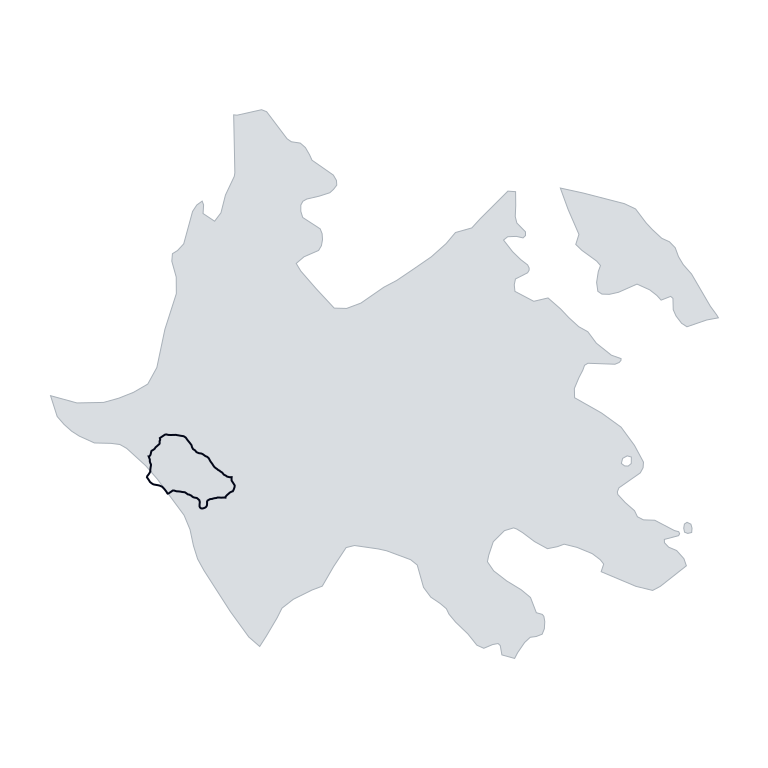 Khizi District, Xizı, Azerbaijan (highlighted), rotated 181°
{"feature_id": "54616110B97026515433008", "entity_name": "Khizi District", "entity_type": "district", "adm_level": 2, "iso_a3": "AZE", "parent_name": "Azerbaijan", "parent_adm1": "Xizı", "projection": "mercator", "projection_center": [49.188, 40.748], "detail": "fine", "context": "in_parent", "style": "outline", "palette": "ink", "viewbox_px": 768, "rotation_deg": 181, "n_neighbors": 0, "source": "geoboundaries", "source_scale": "gbopen_adm2", "svg_char_len": 5274}
<svg xmlns="http://www.w3.org/2000/svg" viewBox="0 0 768 768"><g transform="rotate(181 384 384)"><path d="M539.0,650.5L535.6,650.2L511.2,656.1L506.1,654.2L485.2,627.5L480.9,624.6L471.9,623.4L466.7,619.0L462.4,611.8L459.9,606.5L438.3,592.0L435.1,586.7L434.7,582.0L437.8,577.8L441.5,574.3L452.0,570.7L464.4,567.6L468.3,565.3L470.3,561.4L470.2,555.2L468.2,549.1L450.5,538.0L448.5,533.2L448.0,527.3L449.0,521.2L451.7,516.4L466.2,509.8L473.9,503.0L469.1,495.4L453.5,478.1L435.1,459.0L422.7,458.9L408.5,464.5L385.8,480.8L373.2,487.7L356.8,499.2L338.9,512.0L324.3,525.5L315.2,536.7L298.9,541.6L290.7,550.9L263.5,579.0L255.8,578.6L255.4,564.7L255.7,553.7L254.0,547.3L245.2,538.6L245.1,534.9L247.5,532.5L254.2,533.9L262.9,533.4L267.0,530.0L257.7,518.5L249.5,510.8L242.5,505.6L240.9,502.5L240.9,500.3L242.4,497.7L254.4,491.3L255.5,485.5L254.7,478.9L235.7,469.3L221.5,472.9L208.7,462.1L200.5,453.7L190.3,444.7L181.1,439.8L172.4,428.5L157.2,416.8L147.4,413.5L147.5,411.7L149.3,409.6L153.4,407.8L180.5,408.3L183.8,406.2L185.5,401.2L189.2,393.8L193.6,382.8L193.2,373.6L166.0,358.8L146.2,345.0L132.5,327.0L123.2,310.4L123.5,304.8L126.2,299.6L147.3,284.3L148.8,280.3L148.3,277.6L140.8,269.7L131.3,261.7L128.3,255.7L122.3,252.7L110.9,252.5L91.0,242.5L86.8,241.5L85.8,239.5L86.8,237.5L101.0,233.5L100.8,230.2L96.5,225.8L88.5,222.6L81.1,214.6L78.5,207.5L104.2,186.5L111.8,182.3L128.6,186.1L163.6,200.1L161.2,207.8L164.7,212.1L172.8,218.0L188.1,224.0L201.1,227.0L207.7,224.4L217.7,222.2L230.8,229.1L242.8,237.8L248.7,241.3L251.9,242.4L261.0,239.5L272.0,228.2L276.3,214.7L277.5,208.1L271.1,199.1L258.0,189.3L243.3,180.7L233.8,173.1L227.7,158.0L221.7,156.4L220.1,154.4L219.1,149.3L219.4,142.1L221.5,136.6L227.4,134.2L233.4,133.3L238.9,128.0L245.7,117.7L248.6,111.9L261.4,115.2L263.2,124.5L265.4,126.5L270.8,125.4L279.6,121.5L286.6,124.5L295.7,135.5L308.3,147.2L315.0,155.0L317.7,160.4L324.1,165.6L333.5,171.7L340.9,181.3L347.6,203.6L354.3,208.8L378.5,217.3L386.9,219.0L410.7,222.0L419.0,219.8L431.2,200.6L442.2,180.8L452.5,176.7L471.0,167.1L482.1,158.1L486.8,148.3L497.3,129.8L503.7,119.4L514.7,128.6L533.6,153.7L560.7,194.3L567.3,205.8L571.7,219.0L575.4,235.1L581.6,249.3L609.0,285.0L620.8,298.1L640.1,315.1L647.0,318.9L656.0,319.9L672.5,320.0L687.8,326.6L695.4,331.3L703.2,338.0L710.2,345.8L717.2,366.5L690.7,359.7L664.0,360.7L648.9,365.2L634.3,371.3L620.2,379.8L611.4,396.5L604.0,434.9L593.2,470.7L593.6,487.3L598.3,503.1L597.8,510.6L592.8,513.8L586.7,520.6L578.4,553.2L574.3,559.7L569.0,563.7L567.5,559.9L567.9,551.3L556.2,543.8L550.0,552.3L545.8,570.2L537.3,589.0L536.8,592.6L539.0,650.5ZM144.1,313.8L145.3,308.7L142.0,306.3L138.4,306.2L135.4,308.8L135.4,315.3L139.6,316.4L144.1,313.8ZM56.6,464.2L52.6,458.9L50.8,456.0L62.6,453.6L82.1,446.5L87.5,449.9L93.2,457.1L96.1,463.3L96.6,474.7L98.9,476.6L108.4,472.7L112.7,477.3L120.0,482.8L132.8,488.3L151.1,479.8L160.2,477.6L167.7,477.7L171.8,480.4L173.2,489.3L171.7,500.2L169.6,506.2L173.5,510.6L188.5,521.1L194.7,526.9L191.7,537.0L202.9,561.6L206.6,571.2L211.1,583.0L188.1,578.4L146.8,568.5L135.5,563.4L124.7,549.6L118.3,543.0L108.8,534.5L101.1,531.2L95.2,525.3L91.8,516.5L86.9,508.6L78.4,499.3L59.1,467.5L56.6,464.2ZM81.2,249.2L78.6,251.0L74.7,249.2L73.5,245.2L73.8,240.9L77.7,239.9L80.9,241.1L81.8,245.0L81.2,249.2Z" fill="#d9dde1" stroke="#a8b0b8" stroke-width="1"/><path d="M533.3,274.1L532.4,275.9L531.6,278.4L531.5,280.0L533.0,282.3L534.7,284.8L534.8,287.0L534.7,288.2L536.7,288.1L539.3,288.7L540.5,289.6L542.6,290.6L543.7,292.0L544.6,292.9L546.1,293.7L546.9,294.5L547.0,294.5L548.3,295.1L549.3,296.0L550.4,296.7L552.0,297.9L553.1,299.3L554.4,301.3L555.9,303.2L556.6,304.3L557.9,306.7L559.5,308.1L561.3,308.8L564.0,310.7L565.4,311.3L567.9,311.6L570.3,312.6L571.7,314.3L573.8,315.6L574.9,317.6L575.4,319.5L577.1,321.7L579.4,324.4L581.3,327.0L583.4,328.3L586.4,328.7L588.7,329.1L590.2,329.3L591.1,329.5L593.6,329.4L595.9,329.3L598.5,329.3L600.9,329.8L602.2,329.5L607.2,326.0L606.8,324.3L607.4,322.9L607.3,321.8L607.3,320.7L607.6,320.0L608.3,319.4L609.8,318.0L611.3,316.7L612.2,315.2L613.6,314.1L614.7,313.5L615.4,312.9L615.8,311.2L616.0,310.0L616.4,308.8L617.1,307.9L617.9,307.4L618.0,307.4L616.8,304.4L616.8,302.5L616.3,300.9L615.6,299.6L615.6,298.4L615.9,296.6L616.2,293.9L616.1,292.5L617.0,290.7L618.0,289.2L619.1,287.8L619.4,286.6L618.1,284.8L617.2,283.5L616.3,282.0L614.9,280.9L613.4,279.9L612.3,279.5L610.5,279.2L608.5,278.9L606.6,278.5L604.0,277.4L602.4,275.8L601.4,274.7L599.9,272.8L599.1,271.6L598.8,271.0L598.4,270.6L598.1,270.5L597.8,270.4L597.9,270.5L597.2,271.0L596.0,271.9L594.8,272.7L593.4,273.8L592.0,273.8L589.6,273.1L587.1,273.0L585.3,272.8L584.0,272.5L581.3,272.3L580.6,271.9L579.4,271.1L578.2,270.2L576.7,270.0L575.5,269.3L574.6,269.0L573.9,268.2L572.8,267.5L571.8,267.2L570.8,267.0L569.2,266.8L568.2,266.0L566.6,264.6L566.3,263.4L566.1,262.8L566.3,260.4L566.3,258.4L565.8,257.3L564.6,256.4L563.1,256.4L562.1,256.7L561.1,257.1L560.5,257.4L560.0,257.8L559.4,258.5L558.9,259.7L558.8,261.5L558.9,263.2L558.4,264.4L557.0,265.2L556.3,265.7L555.1,266.0L553.8,266.1L552.9,266.5L551.3,266.9L549.6,267.1L548.5,267.6L546.6,267.6L544.9,267.5L543.4,267.6L541.6,267.7L540.5,267.6L540.4,268.6L539.4,269.8L538.5,270.7L537.1,271.9L536.5,272.6L535.1,273.4L533.8,274.0L533.3,274.1Z" fill="none" stroke="#020617" stroke-width="2"/></g></svg>